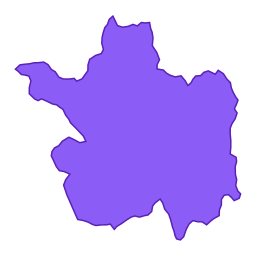 outline of Serra Negra, São Paulo, Brazil
{"feature_id": "56859067B13856300620043", "entity_name": "Serra Negra", "entity_type": "district", "adm_level": 2, "iso_a3": "BRA", "parent_name": "Brazil", "parent_adm1": "São Paulo", "projection": "natural_earth1", "projection_center": [-46.694, -22.584], "detail": "fine", "context": "isolated", "style": "filled", "palette": "violet", "viewbox_px": 256, "rotation_deg": 0, "n_neighbors": 0, "source": "geoboundaries", "source_scale": "gbopen_adm2", "svg_char_len": 2067}
<svg xmlns="http://www.w3.org/2000/svg" viewBox="0 0 256 256"><path d="M95.9,225.5L101.5,224.9L106.7,224.8L110.3,224.1L114.3,229.4L116.9,226.4L121.9,223.3L126.5,220.0L131.2,217.1L134.7,216.0L139.6,217.1L144.7,215.6L148.0,215.0L151.7,211.5L152.6,206.1L155.0,203.0L160.1,199.0L162.8,203.1L164.7,209.2L168.7,214.1L170.7,219.9L172.5,227.0L174.1,231.4L175.0,235.5L176.6,238.9L180.4,239.9L183.7,236.7L186.2,229.4L189.1,224.0L192.9,220.6L197.8,221.8L202.1,221.8L206.6,224.8L210.6,221.1L214.0,218.5L219.2,215.6L219.4,210.0L221.4,204.9L221.4,199.5L224.1,195.3L228.3,194.6L231.3,197.3L234.2,200.6L239.2,198.3L240.6,193.9L237.8,190.9L235.7,185.5L236.7,179.7L235.4,174.3L235.2,166.6L236.6,161.6L236.1,157.3L230.2,153.9L230.8,147.2L230.8,140.6L230.2,133.7L230.2,128.3L231.9,123.9L235.2,118.7L237.1,113.0L234.4,108.7L236.4,104.5L238.0,100.1L235.7,96.9L233.3,92.6L231.3,87.9L230.4,82.7L226.8,79.0L223.4,73.7L218.2,70.3L215.3,74.2L208.3,70.9L203.7,72.4L200.7,75.6L195.7,76.0L192.9,79.3L191.1,82.7L187.8,85.5L185.3,80.9L181.1,75.8L175.2,76.9L170.0,75.2L166.6,73.2L163.3,70.0L157.1,69.0L157.1,64.7L159.5,59.7L156.8,52.5L152.3,45.7L153.0,38.0L152.1,32.2L150.7,28.6L149.6,22.5L145.6,23.0L141.3,22.5L137.3,25.9L133.0,24.4L128.0,26.4L122.7,27.2L117.5,25.6L112.9,16.1L109.2,19.4L107.4,24.6L104.8,27.6L103.1,33.0L102.1,37.5L101.8,43.3L103.4,49.4L101.3,53.6L95.6,55.4L89.7,59.3L88.0,64.9L87.9,70.7L85.7,73.7L82.1,78.8L76.7,81.2L74.2,78.4L69.5,79.0L63.4,79.0L58.8,77.1L55.2,71.7L51.4,69.5L48.0,64.6L43.7,62.1L38.1,62.7L33.9,62.8L29.4,63.8L23.9,64.3L19.9,64.9L15.4,69.2L18.2,71.3L21.3,74.5L24.8,75.0L28.9,76.1L30.9,80.9L29.3,87.6L29.3,93.8L34.7,99.0L38.1,100.6L41.5,98.9L44.8,100.3L49.1,102.3L52.6,104.0L56.7,104.8L59.4,107.0L63.0,109.4L65.7,115.2L68.8,119.2L70.5,122.8L74.4,126.6L83.3,136.0L85.9,141.4L79.8,142.7L74.2,139.7L68.9,137.2L62.3,141.2L58.9,145.6L54.5,147.9L52.0,151.5L51.3,155.9L54.0,161.5L56.3,166.6L59.4,170.7L63.9,171.5L69.9,174.1L65.7,179.7L63.6,185.1L66.8,194.6L77.7,219.5L82.9,220.4L88.1,222.1L92.4,224.4L95.9,225.5Z" fill="#8b5cf6" stroke="#5b21b6" stroke-width="1.5"/></svg>